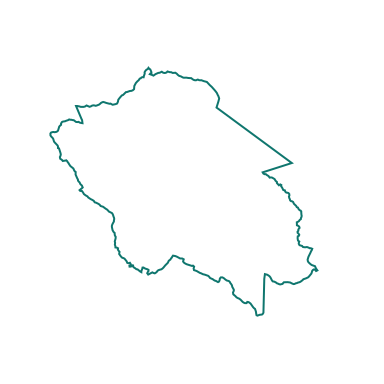 Gentio do Ouro, Bahia, Brazil (Natural Earth projection), rotated 141°
{"feature_id": "56859067B57973057094010", "entity_name": "Gentio do Ouro", "entity_type": "district", "adm_level": 2, "iso_a3": "BRA", "parent_name": "Brazil", "parent_adm1": "Bahia", "projection": "natural_earth1", "projection_center": [-42.563, -11.389], "detail": "fine", "context": "isolated", "style": "outline", "palette": "teal", "viewbox_px": 384, "rotation_deg": 141, "n_neighbors": 0, "source": "geoboundaries", "source_scale": "gbopen_adm2", "svg_char_len": 6046}
<svg xmlns="http://www.w3.org/2000/svg" viewBox="0 0 384 384"><g transform="rotate(141 192 192)"><path d="M212.4,53.3L209.5,56.7L190.5,79.0L187.0,82.3L185.5,80.2L184.8,77.9L184.8,76.3L185.5,73.0L185.5,71.7L184.5,70.6L183.7,68.9L183.5,67.7L182.9,66.8L182.5,65.9L181.7,64.7L180.3,64.0L179.4,63.6L178.4,63.9L177.4,64.0L174.6,61.9L173.7,61.0L172.6,59.8L172.1,58.5L171.1,56.6L170.2,56.0L169.0,55.8L167.8,55.2L166.6,54.9L165.6,54.4L164.3,54.0L161.6,53.9L160.3,54.1L157.9,53.2L155.5,52.6L154.4,52.7L150.5,53.5L148.1,55.1L146.9,55.3L145.9,55.1L145.3,54.1L145.3,52.5L143.9,52.2L143.8,53.9L143.6,55.2L143.1,56.9L144.9,59.9L145.3,61.3L145.7,64.0L145.5,65.3L144.7,66.7L143.1,67.8L142.2,68.4L138.3,70.2L136.8,71.0L135.6,71.4L134.3,72.2L135.1,73.6L135.9,74.2L136.4,75.4L137.3,76.9L138.5,77.6L139.6,78.5L140.4,79.5L140.4,80.8L141.9,83.0L141.6,84.6L140.7,85.5L139.8,86.0L140.2,87.5L139.3,89.2L138.4,90.3L137.7,91.0L136.6,90.7L135.6,91.2L135.4,92.7L135.6,93.8L135.0,94.7L133.7,95.0L133.1,95.8L132.2,96.2L131.0,96.4L130.5,97.6L130.8,99.0L131.4,100.1L129.6,102.5L128.0,102.1L127.1,102.1L125.9,102.5L124.5,102.4L123.7,103.2L122.8,103.6L121.8,104.4L121.3,105.4L120.0,107.3L119.3,108.2L119.3,109.2L119.8,110.1L119.9,111.6L119.5,113.2L120.1,114.3L119.8,115.7L120.0,117.1L120.2,118.8L119.7,120.6L120.1,121.8L120.8,122.6L121.0,123.7L120.5,124.8L120.2,126.1L119.5,127.5L118.5,128.0L117.7,129.2L117.7,130.5L118.3,131.4L119.1,132.2L119.3,133.6L118.8,134.9L119.8,136.0L119.2,138.8L119.1,140.4L118.2,141.2L118.7,142.4L120.2,142.5L120.4,145.5L119.7,146.3L120.0,148.1L119.7,150.1L120.7,152.8L121.5,153.7L122.6,154.3L122.5,156.3L123.1,157.9L123.4,159.4L124.4,160.2L124.9,161.4L124.7,162.8L96.2,151.7L119.8,242.2L114.7,245.6L112.0,247.6L111.1,250.1L110.9,251.4L110.4,253.1L110.3,254.8L110.3,256.9L110.5,261.3L110.9,263.9L111.2,268.2L113.1,270.8L114.4,273.0L115.4,273.7L116.2,274.6L116.7,275.7L117.5,276.0L118.6,276.3L119.4,277.0L120.1,278.0L120.6,279.3L120.9,280.9L123.2,283.0L124.3,284.3L125.4,285.2L126.4,285.9L127.1,286.9L127.9,288.9L128.9,290.3L129.3,291.9L129.4,293.5L129.9,295.2L130.7,295.7L132.1,296.7L132.8,298.2L133.8,299.0L135.2,301.1L136.6,300.9L137.9,301.4L138.7,302.0L139.4,303.0L139.8,304.5L142.0,305.0L143.3,305.8L146.3,306.6L147.3,306.6L148.7,306.7L149.5,308.3L150.6,310.1L149.7,310.3L148.6,310.0L148.0,311.0L147.3,313.5L147.7,314.7L147.7,315.9L149.0,315.4L150.4,315.7L151.9,315.5L153.5,314.9L154.3,313.7L156.3,312.5L157.4,311.6L158.3,312.5L159.3,312.8L160.2,312.6L161.3,313.0L163.2,312.4L164.7,312.4L167.1,312.0L170.1,310.7L172.3,308.4L173.9,308.3L175.4,308.7L176.7,309.6L179.6,310.6L180.5,311.2L184.4,310.8L185.8,311.2L188.7,310.7L191.2,310.1L192.7,308.8L194.5,307.9L195.9,308.3L197.7,309.2L198.7,309.7L199.2,310.7L199.7,312.0L200.6,312.5L202.6,315.2L203.5,316.7L204.4,317.9L205.6,318.3L206.8,318.5L207.8,318.4L209.2,318.4L211.7,319.2L212.6,319.6L213.3,320.6L214.2,321.5L215.6,322.1L216.7,322.2L218.0,322.7L219.5,325.6L221.5,325.8L223.0,326.6L224.9,328.2L225.6,329.3L227.1,331.1L228.0,331.8L231.8,318.7L232.2,317.0L233.8,314.4L234.8,315.5L235.6,316.6L236.0,317.9L237.1,318.5L238.0,319.4L238.3,320.5L238.7,322.2L239.6,323.1L240.4,324.2L241.2,324.8L241.8,325.7L243.0,325.8L245.1,326.6L246.0,326.8L248.1,328.0L249.1,328.2L250.7,327.6L251.5,326.6L252.7,326.6L254.0,326.4L257.5,324.0L258.6,323.9L259.6,324.1L261.1,324.9L262.0,325.9L263.0,326.5L264.3,326.9L265.3,326.5L266.4,325.0L266.5,323.6L266.3,321.9L266.4,320.7L267.5,318.0L267.5,316.6L267.4,315.6L267.2,312.6L267.6,311.6L268.5,310.5L267.9,309.6L269.1,306.5L269.7,305.0L270.3,303.8L271.4,302.9L272.7,302.3L273.5,300.8L272.9,298.9L272.9,297.4L271.6,296.7L270.7,296.1L269.8,295.8L269.6,294.5L269.8,293.5L269.8,292.1L270.0,291.0L270.2,288.7L269.4,284.9L269.9,283.2L270.1,282.0L269.8,280.8L271.5,278.8L272.6,274.8L272.8,273.5L273.4,272.6L273.5,271.5L273.3,270.2L273.8,268.4L273.5,266.3L274.1,264.3L275.4,264.2L278.2,264.2L278.2,263.2L276.9,262.0L277.0,260.1L277.3,258.4L277.0,257.2L276.6,255.8L276.0,254.4L276.1,253.1L275.7,251.8L275.2,250.2L274.5,248.7L273.9,247.0L274.1,245.2L273.3,244.1L272.2,241.7L271.8,240.4L271.8,238.6L270.4,236.5L269.6,233.3L269.1,232.0L268.9,230.3L268.9,229.1L267.5,226.1L267.5,225.1L267.9,223.6L268.5,222.2L268.8,221.1L269.4,220.0L270.5,219.1L271.3,218.2L273.6,217.3L274.9,216.6L275.7,216.0L276.4,215.0L277.8,212.2L278.1,210.2L277.9,208.8L278.5,208.1L279.3,206.7L279.5,205.2L280.7,203.9L283.1,202.2L283.8,200.8L285.1,199.6L285.6,198.2L286.4,197.1L285.4,196.0L284.9,194.8L285.7,194.2L286.0,192.9L286.0,191.1L287.6,189.7L287.7,188.4L287.8,186.5L287.6,184.8L286.8,183.7L286.4,182.6L286.4,179.3L286.9,177.7L286.1,176.5L284.8,176.1L284.9,174.9L285.7,173.8L287.0,174.1L287.5,173.3L286.6,172.6L285.7,172.3L284.6,172.7L284.0,172.0L284.7,170.9L284.6,169.7L284.2,168.7L283.8,167.0L283.0,166.1L282.3,162.8L281.8,161.6L281.0,162.5L279.1,163.5L278.0,164.4L277.2,163.8L276.9,162.7L276.3,161.5L275.4,160.2L274.8,158.9L275.5,158.0L276.5,157.7L277.9,157.1L278.0,155.4L273.4,154.5L272.9,153.3L272.1,152.2L270.1,152.0L268.4,152.4L267.4,152.4L266.0,151.9L264.5,151.2L263.3,151.1L261.9,151.2L259.0,151.8L255.3,152.2L253.3,153.2L251.3,153.1L250.1,153.6L249.1,153.7L247.9,154.2L246.8,154.5L245.2,152.6L244.4,151.1L243.1,147.9L241.4,146.4L240.8,144.9L241.6,144.4L242.7,143.5L242.7,142.1L242.2,140.5L241.6,139.2L238.5,134.5L237.6,134.2L237.3,132.7L238.9,131.5L239.6,130.0L238.7,128.7L238.0,127.4L236.8,124.2L236.0,122.9L235.3,121.3L234.0,119.6L233.1,118.1L232.2,116.7L232.0,115.4L232.1,113.9L231.3,112.2L230.8,111.4L230.5,110.1L230.1,108.9L229.4,107.9L228.5,105.6L227.3,105.4L225.9,106.2L224.8,107.2L223.4,107.5L222.1,106.5L221.5,105.0L221.2,103.2L220.7,101.4L219.4,99.6L219.2,98.4L219.5,97.1L219.5,95.8L219.7,94.3L220.4,93.0L220.8,90.6L221.1,89.5L222.1,88.7L223.4,88.1L224.3,86.5L224.1,85.3L223.8,83.9L223.7,82.1L223.1,80.6L222.4,79.3L222.0,77.6L221.8,74.7L221.3,73.2L220.7,72.2L219.5,71.3L218.2,71.8L217.3,70.8L216.7,68.5L217.0,64.0L216.9,62.6L216.6,61.5L217.6,58.8L218.7,57.0L219.4,55.6L218.9,54.7L216.7,54.0L215.5,53.2L214.6,52.7L213.4,52.8L212.4,53.3Z" fill="none" stroke="#0f766e" stroke-width="2"/></g></svg>